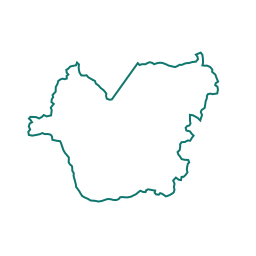 outline of Campos Verdes, Goiás, Brazil, rotated 77°
{"feature_id": "56859067B87172144866802", "entity_name": "Campos Verdes", "entity_type": "district", "adm_level": 2, "iso_a3": "BRA", "parent_name": "Brazil", "parent_adm1": "Goiás", "projection": "orthographic", "projection_center": [-49.665, -14.2], "detail": "fine", "context": "isolated", "style": "outline", "palette": "teal", "viewbox_px": 256, "rotation_deg": 77, "n_neighbors": 0, "source": "geoboundaries", "source_scale": "gbopen_adm2", "svg_char_len": 2739}
<svg xmlns="http://www.w3.org/2000/svg" viewBox="0 0 256 256"><g transform="rotate(77 128 128)"><path d="M172.7,76.5L171.7,80.0L170.3,82.8L167.3,83.8L165.2,84.9L162.6,85.1L161.1,82.6L157.9,81.3L155.6,80.9L153.9,79.0L154.4,75.7L153.6,72.5L154.4,70.3L152.3,68.3L150.2,65.8L147.7,67.4L145.3,68.3L143.6,71.7L140.8,71.8L139.5,70.1L139.3,67.5L137.7,66.1L134.9,66.0L131.8,65.3L129.1,64.7L130.2,61.9L132.1,59.7L134.0,57.7L136.9,55.9L134.4,54.4L131.9,52.9L128.8,53.5L127.0,52.2L125.7,48.8L122.5,47.5L119.2,46.2L117.0,44.6L114.6,43.9L113.0,42.6L113.0,40.2L114.1,37.8L114.4,33.3L110.8,31.7L107.8,31.6L106.0,33.4L104.1,32.5L103.1,29.8L99.6,30.4L95.6,30.9L92.2,33.4L90.1,32.7L87.1,34.2L85.1,36.8L84.5,39.4L83.7,41.4L81.3,40.2L77.3,39.4L73.3,39.1L70.9,40.2L71.3,42.6L71.8,45.3L74.2,44.3L76.7,44.3L78.6,46.9L78.2,50.8L78.4,53.8L77.9,57.3L78.2,59.3L78.6,61.5L78.0,63.4L78.9,66.4L79.2,68.6L78.2,70.5L76.3,74.4L74.9,76.0L72.3,79.9L71.5,82.6L71.4,85.4L71.7,88.2L70.1,89.6L68.8,92.0L69.1,94.5L69.8,96.5L69.0,99.9L69.2,102.6L67.0,103.9L96.5,137.3L96.3,139.6L94.7,142.0L91.9,142.2L89.6,141.4L87.8,142.2L85.6,143.3L82.9,145.6L80.0,147.1L77.5,149.3L74.6,149.7L73.0,151.8L71.3,153.5L69.6,155.3L67.3,156.5L67.1,158.8L66.2,161.7L62.9,162.8L60.9,162.8L58.1,162.5L55.0,161.5L52.8,163.0L55.2,164.5L55.1,167.5L55.1,170.4L56.9,173.1L57.4,175.0L60.4,175.3L62.5,174.1L63.5,176.1L66.0,176.5L66.2,178.7L65.2,180.7L65.5,183.0L66.5,185.4L69.2,186.8L71.9,189.2L76.3,190.3L78.9,194.1L81.1,194.0L82.7,195.7L85.4,196.8L87.9,194.9L89.0,196.5L90.9,198.7L93.4,198.3L95.6,199.1L98.4,200.1L98.4,204.6L96.4,207.2L97.9,209.6L98.7,212.5L96.9,214.7L96.0,217.6L95.2,220.6L96.6,222.4L98.4,221.1L100.8,220.2L101.5,222.7L104.1,224.3L107.5,223.7L109.3,226.0L112.4,226.2L113.9,223.1L114.1,219.3L114.2,215.6L113.7,212.4L115.1,210.8L115.9,207.2L117.2,204.8L119.1,204.0L122.5,204.3L124.4,200.3L125.6,197.1L128.1,196.6L135.2,195.9L138.0,195.0L143.3,192.3L146.0,192.9L147.8,193.5L150.1,192.9L152.5,191.2L154.4,191.3L157.1,191.9L159.9,191.0L162.0,191.7L164.0,191.8L166.7,191.6L171.3,191.5L173.8,191.8L176.2,190.7L178.6,189.7L181.3,188.9L184.0,187.9L186.0,185.7L188.1,182.9L190.2,180.8L191.7,176.1L193.0,173.4L193.2,170.0L192.6,164.1L193.4,161.0L194.7,158.7L195.6,155.6L195.1,153.0L193.7,151.1L194.1,148.7L194.9,146.4L195.5,144.0L195.6,140.5L195.0,138.1L194.3,135.0L192.9,132.4L191.9,130.1L193.7,127.7L194.4,125.3L192.7,124.2L192.3,122.1L194.1,118.1L195.1,115.6L197.0,116.6L198.9,115.7L199.9,113.0L198.7,111.3L199.9,109.4L203.2,106.4L202.8,102.9L201.9,99.8L200.9,97.8L198.7,96.6L196.1,96.6L192.8,95.2L189.3,95.8L187.1,92.5L189.9,90.1L190.7,88.1L187.7,86.8L188.1,84.9L186.7,82.4L184.5,80.0L182.0,80.1L179.6,79.3L176.3,77.7L175.3,76.1L172.7,76.5Z" fill="none" stroke="#0f766e" stroke-width="2"/></g></svg>